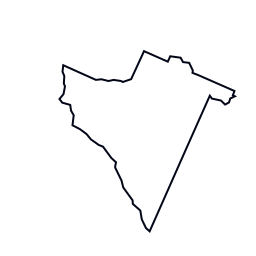 Conecuh, Alabama, United States of America (Equal Earth projection), rotated 294°
{"feature_id": "52423323B58317366123226", "entity_name": "Conecuh", "entity_type": "district", "adm_level": 2, "iso_a3": "USA", "parent_name": "United States of America", "parent_adm1": "Alabama", "projection": "equal_earth", "projection_center": [-86.986, 31.468], "detail": "fine", "context": "isolated", "style": "outline", "palette": "ink", "viewbox_px": 256, "rotation_deg": 294, "n_neighbors": 0, "source": "geoboundaries", "source_scale": "gbopen_adm2", "svg_char_len": 806}
<svg xmlns="http://www.w3.org/2000/svg" viewBox="0 0 256 256"><g transform="rotate(294 128 128)"><path d="M42.4,189.8L129.9,189.6L190.8,189.6L189.0,192.7L190.9,201.7L188.9,207.2L192.5,209.9L196.5,209.4L200.4,212.7L200.5,210.5L205.1,210.2L204.9,170.8L204.6,164.5L206.8,163.9L212.4,157.4L210.6,151.5L213.6,147.4L210.7,137.4L204.8,137.4L204.7,111.4L173.9,111.0L167.9,104.5L168.1,102.5L166.1,95.3L163.0,91.1L161.7,83.9L158.9,79.1L159.0,43.3L152.8,45.3L149.5,48.7L142.5,51.3L140.4,53.5L132.7,55.3L126.6,53.6L124.4,57.6L125.6,65.8L120.6,69.0L117.6,73.2L107.9,76.2L107.4,84.5L105.6,92.6L102.5,98.8L100.6,108.2L100.8,112.7L93.8,125.0L91.8,131.0L87.7,131.9L86.6,132.4L77.4,143.4L71.7,147.9L63.8,161.6L60.6,163.3L57.6,172.8L50.1,177.8L43.9,185.1L42.4,189.8Z" fill="none" stroke="#020617" stroke-width="2"/></g></svg>